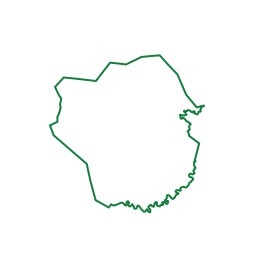 outline of Jargalant, Arhangay, Mongolia, rotated 217°
{"feature_id": "93677404B33687570251576", "entity_name": "Jargalant", "entity_type": "district", "adm_level": 2, "iso_a3": "MNG", "parent_name": "Mongolia", "parent_adm1": "Arhangay", "projection": "robinson", "projection_center": [100.463, 48.654], "detail": "fine", "context": "isolated", "style": "outline", "palette": "green", "viewbox_px": 256, "rotation_deg": 217, "n_neighbors": 0, "source": "geoboundaries", "source_scale": "gbopen_adm2", "svg_char_len": 5357}
<svg xmlns="http://www.w3.org/2000/svg" viewBox="0 0 256 256"><g transform="rotate(217 128 128)"><path d="M95.6,52.9L95.5,56.8L95.1,56.9L94.6,56.9L94.0,57.1L93.2,57.3L92.4,57.9L92.0,58.6L91.5,58.9L91.1,59.5L90.6,60.5L90.2,61.3L89.7,62.2L89.0,63.2L88.6,64.1L88.2,64.5L87.8,64.7L87.2,64.9L86.8,65.0L86.4,65.0L86.0,65.0L84.9,64.7L84.3,64.6L83.7,64.6L83.3,64.7L83.1,64.9L83.1,65.5L83.4,66.0L83.8,66.7L84.1,67.3L84.2,67.8L84.4,68.4L84.4,68.9L84.3,69.1L83.9,69.4L83.5,69.4L83.1,69.3L82.7,69.0L82.1,68.8L82.0,68.7L81.9,68.6L82.0,67.8L81.9,67.4L81.6,66.7L81.3,66.5L81.0,66.3L80.5,66.2L80.1,66.2L79.7,66.3L79.2,66.6L79.1,67.1L78.8,67.8L78.7,68.1L78.9,69.3L78.8,69.5L78.5,69.7L78.3,69.7L78.0,69.5L77.7,69.2L77.4,69.1L76.4,69.1L76.0,68.8L75.6,68.3L75.5,68.0L75.0,67.7L74.2,67.6L73.6,67.9L73.2,68.4L72.8,69.0L73.2,70.3L73.3,70.6L73.4,71.0L73.6,71.4L73.5,71.8L73.1,72.1L72.7,72.2L72.2,72.2L70.1,71.8L68.8,71.1L66.4,71.0L66.1,70.9L65.8,70.8L65.3,70.6L64.9,70.7L64.6,70.8L64.3,71.3L63.9,71.9L63.8,72.2L63.8,72.4L64.0,72.9L64.1,73.5L64.1,74.2L63.8,74.4L63.7,74.5L63.1,74.4L62.7,74.2L62.0,73.8L61.6,73.6L61.2,73.4L60.8,73.4L60.2,73.6L59.8,73.8L59.8,74.0L59.8,74.4L60.1,75.1L60.6,75.7L61.0,76.0L61.5,76.3L62.2,76.5L63.3,76.7L63.8,76.9L64.2,77.3L64.3,77.7L64.3,78.1L64.2,78.3L64.0,78.7L63.9,79.2L63.9,79.7L63.8,80.0L63.7,80.2L63.4,80.4L63.1,80.4L62.4,80.2L61.5,80.2L60.7,80.3L60.3,80.5L60.1,80.8L60.1,81.1L60.3,81.6L60.6,81.9L60.8,82.3L61.0,82.9L61.1,83.6L61.4,84.3L61.4,84.6L61.3,85.5L61.1,85.7L60.9,85.8L60.6,85.9L60.3,85.9L60.0,85.8L59.8,85.6L59.6,85.4L59.3,84.6L59.0,84.1L58.7,83.8L58.4,83.7L57.5,83.7L57.1,83.7L56.8,83.8L56.1,84.2L55.5,84.5L55.3,84.7L55.3,85.0L55.6,85.9L55.6,86.1L55.5,86.3L55.2,86.5L54.5,87.0L54.0,87.5L53.9,87.7L54.0,87.9L54.4,88.3L55.0,88.6L55.4,88.7L55.8,88.9L55.8,89.2L55.8,89.4L55.5,89.8L55.2,90.1L54.7,90.3L54.4,90.4L54.0,90.4L52.4,90.5L51.8,90.5L51.5,90.6L51.3,90.8L51.0,91.6L51.0,92.1L51.3,92.6L51.5,92.7L51.6,93.1L51.7,93.6L51.8,93.7L52.0,93.7L52.3,93.6L52.5,93.5L53.1,92.7L53.4,92.5L54.1,92.1L54.9,92.4L55.0,92.7L54.9,93.4L54.7,94.0L54.7,94.9L54.8,95.3L54.9,95.5L55.6,96.2L55.8,97.0L56.1,97.4L56.2,97.8L55.9,98.2L55.7,98.5L55.2,98.7L54.7,98.8L54.3,98.8L53.4,98.7L52.8,98.4L52.0,98.4L51.2,98.4L50.6,98.2L50.1,98.2L49.7,98.2L49.4,98.4L49.2,98.9L49.1,99.8L48.9,100.3L48.9,101.0L49.3,102.8L49.3,103.2L49.2,104.0L48.9,104.8L48.8,105.0L48.4,105.2L48.2,105.5L48.3,106.0L48.5,106.1L49.3,106.1L50.0,105.7L50.7,105.6L51.4,105.8L51.8,106.1L52.0,106.5L52.0,106.8L51.8,107.5L51.6,107.7L51.2,108.1L50.7,108.4L49.9,108.8L49.2,109.0L48.7,109.4L48.4,109.5L48.3,109.9L48.6,110.1L49.0,110.4L49.6,111.0L49.8,111.8L49.8,112.1L49.7,112.5L49.6,112.8L49.2,113.3L48.6,114.1L48.0,114.6L47.5,114.7L46.9,114.7L46.4,115.0L45.9,115.5L45.4,116.2L45.4,116.5L45.5,116.8L45.5,117.2L45.4,117.5L45.3,117.9L45.2,118.2L45.3,118.8L45.5,119.8L45.6,120.1L45.9,121.0L45.9,121.5L45.8,121.8L45.7,122.2L45.4,122.7L45.3,122.9L45.4,123.8L45.4,124.3L45.2,124.6L45.2,125.1L45.0,126.0L45.1,126.4L45.5,126.5L45.8,126.8L47.0,127.0L47.7,126.8L47.9,126.6L48.5,126.4L48.9,126.2L49.5,126.1L49.8,126.2L50.1,126.3L50.5,126.7L50.9,126.9L50.9,127.2L50.9,127.5L51.0,127.9L50.9,128.8L50.8,129.0L50.6,129.2L50.0,129.4L49.2,129.5L48.8,129.6L48.5,129.9L48.1,130.8L47.9,131.1L47.7,131.6L47.7,131.9L48.0,132.1L48.9,132.4L49.6,132.8L49.9,133.1L50.1,133.5L50.2,134.0L50.0,134.9L50.2,135.6L50.0,135.9L50.0,136.3L50.2,136.7L50.5,136.9L51.3,137.1L52.0,137.7L52.9,138.1L53.5,138.8L54.1,139.8L54.3,140.3L54.6,140.7L54.8,141.1L54.6,141.4L54.4,141.5L54.1,141.6L54.0,141.8L54.5,142.3L54.8,142.5L55.4,142.6L55.4,142.9L61.9,158.5L74.4,158.5L75.0,158.9L75.7,159.7L76.3,160.4L78.2,161.2L78.5,161.6L78.4,162.0L78.2,162.4L77.9,162.8L77.8,163.1L77.7,163.4L77.7,163.6L77.9,164.0L78.3,164.4L79.4,165.4L79.9,165.8L80.3,166.4L80.4,167.2L80.4,167.7L80.6,168.1L80.3,168.6L80.4,168.9L80.5,169.0L80.9,169.1L83.9,169.0L85.0,168.7L85.9,168.7L86.6,169.0L87.6,169.3L88.6,169.4L89.5,169.3L90.0,169.3L90.3,169.1L90.5,168.9L90.6,168.6L90.7,168.3L90.6,168.0L90.8,167.7L91.0,167.5L91.2,167.4L91.5,167.4L91.8,167.4L92.1,167.7L92.4,168.1L92.7,168.3L93.3,169.0L93.4,169.3L93.5,169.3L93.8,169.3L94.1,169.5L94.3,169.7L94.0,170.1L93.1,170.3L92.7,170.6L92.3,170.8L92.0,171.1L91.8,171.1L90.9,171.5L90.5,171.9L90.4,172.4L90.1,172.8L89.5,173.3L89.4,173.8L89.8,173.9L90.2,174.1L90.6,174.4L91.2,174.7L91.8,174.9L92.1,175.0L92.5,174.8L92.8,174.9L93.2,174.9L93.4,175.1L93.5,175.4L93.2,175.8L92.6,176.0L92.1,176.3L91.3,176.9L91.1,177.4L90.9,177.6L90.9,178.3L90.7,178.5L90.4,178.6L90.2,178.7L89.4,179.1L88.8,179.2L88.3,179.2L87.8,179.0L87.4,178.9L87.1,179.0L86.7,179.1L86.3,179.4L86.0,179.8L85.8,180.4L85.6,180.8L85.4,181.1L85.2,181.2L84.7,181.1L84.4,180.9L84.5,180.6L84.6,180.3L84.7,180.1L84.7,179.8L84.4,179.6L83.9,179.6L83.3,179.9L82.4,180.1L81.7,180.2L81.3,180.3L81.1,180.5L80.9,180.8L80.8,181.6L80.8,182.2L81.3,183.0L81.3,183.4L81.1,183.7L80.1,184.6L80.0,185.1L80.6,185.5L81.4,186.4L81.3,187.6L81.6,188.0L82.2,188.3L82.4,188.5L82.1,189.2L81.4,189.8L80.9,190.6L80.5,192.1L85.6,185.8L101.8,189.7L120.9,200.6L133.5,202.6L146.4,205.1L152.8,199.5L160.1,192.7L167.8,177.6L175.5,173.1L181.6,169.4L181.8,157.2L181.9,146.2L198.9,136.3L209.7,129.7L211.0,116.9L203.7,113.0L198.9,111.2L196.5,106.0L193.9,103.4L191.5,97.1L191.2,94.6L188.1,90.4L191.9,83.1L182.9,77.4L139.4,74.5L126.0,63.0L110.5,50.9L95.6,52.9Z" fill="none" stroke="#15803d" stroke-width="2"/></g></svg>